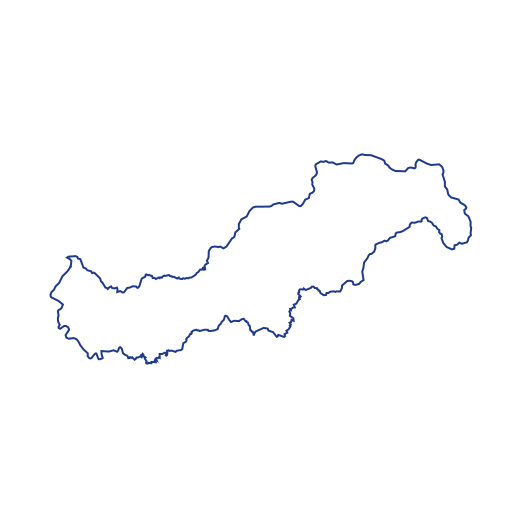 the district of Neira, Caldas, Colombia, rotated 331°
{"feature_id": "7082276B80634315286729", "entity_name": "Neira", "entity_type": "district", "adm_level": 2, "iso_a3": "COL", "parent_name": "Colombia", "parent_adm1": "Caldas", "projection": "mercator", "projection_center": [-75.515, 5.192], "detail": "fine", "context": "isolated", "style": "outline", "palette": "blue", "viewbox_px": 512, "rotation_deg": 331, "n_neighbors": 0, "source": "geoboundaries", "source_scale": "gbopen_adm2", "svg_char_len": 6076}
<svg xmlns="http://www.w3.org/2000/svg" viewBox="0 0 512 512"><g transform="rotate(331 256 256)"><path d="M430.4,345.1L432.9,345.8L434.9,342.9L437.2,343.6L440.4,343.0L442.0,345.1L447.2,346.3L449.5,344.7L450.5,343.2L454.1,342.0L454.6,340.3L457.8,335.8L458.2,333.8L460.3,330.1L461.0,324.3L459.4,320.7L459.4,319.4L460.4,316.8L462.5,316.4L463.5,315.5L463.3,313.0L460.6,308.3L460.5,304.8L455.1,299.4L454.2,296.7L454.1,294.9L455.5,290.5L454.9,286.7L457.1,282.9L458.7,275.1L460.2,274.1L461.4,272.2L462.0,268.4L460.7,264.7L453.3,261.3L450.3,258.1L445.4,250.7L444.4,250.5L441.8,251.5L439.9,253.2L438.9,255.5L438.0,256.2L437.1,256.2L434.6,253.9L432.7,253.0L431.6,252.9L427.6,254.3L419.1,249.2L416.8,246.1L415.6,243.3L415.4,240.7L413.8,237.9L414.4,234.9L413.1,232.5L405.6,223.7L400.3,220.5L398.1,218.5L394.9,218.0L391.8,218.4L388.8,219.7L386.2,221.8L385.1,221.8L377.8,217.3L370.8,215.0L368.5,211.4L364.9,209.6L363.3,206.9L360.5,206.3L358.5,204.7L353.1,204.8L352.1,205.3L351.2,206.8L350.1,211.7L349.2,213.3L347.4,214.5L343.2,215.2L341.7,216.3L341.2,218.7L339.8,221.0L339.7,225.3L338.2,227.3L336.1,228.0L333.2,227.7L330.4,230.9L326.3,230.6L322.5,233.0L319.2,234.1L317.9,233.1L314.8,226.5L313.1,225.5L303.8,222.8L302.4,221.0L300.1,220.3L296.1,219.3L293.7,219.7L291.7,219.3L279.6,212.7L276.8,212.1L272.1,213.5L266.9,217.0L261.1,216.8L256.5,219.7L254.7,222.9L254.6,224.1L249.3,225.4L246.2,228.9L243.5,229.0L234.6,233.5L231.1,233.5L229.5,230.6L227.5,229.9L224.5,227.7L222.1,226.9L220.3,227.0L217.1,228.8L213.7,234.4L210.8,236.3L210.6,238.9L207.5,239.0L206.2,239.8L205.1,243.1L203.9,242.7L204.6,241.7L204.3,240.8L203.8,240.6L202.6,241.8L200.5,240.8L197.6,242.1L195.9,242.1L194.3,243.1L189.2,243.5L187.4,242.7L185.9,242.7L184.7,241.6L182.8,241.4L181.4,240.1L180.2,240.3L178.9,239.5L177.9,238.3L178.0,237.4L176.1,237.5L174.1,234.4L172.6,233.7L172.5,232.9L171.0,231.8L170.7,230.5L166.7,229.3L166.3,228.7L164.1,228.7L163.1,229.3L161.8,228.2L161.0,228.7L160.3,227.6L157.3,227.6L156.5,225.8L155.0,225.2L155.3,222.8L154.3,222.1L153.4,220.7L152.3,220.5L151.0,218.8L150.2,219.0L149.2,220.4L145.1,220.3L139.2,226.0L137.3,226.5L136.8,226.4L136.3,224.5L133.5,222.7L130.1,222.4L127.9,221.5L122.9,223.8L121.5,223.1L120.2,220.8L117.2,220.3L118.8,217.8L119.0,216.2L116.9,215.9L115.1,214.7L114.5,213.9L114.6,212.4L112.8,212.2L110.3,213.0L110.1,211.7L109.0,210.6L108.8,204.8L108.1,203.0L108.8,200.1L106.7,192.9L106.0,191.8L104.4,191.5L104.3,189.3L101.7,186.8L101.0,184.2L99.5,182.5L100.8,173.5L99.1,172.0L99.3,170.3L98.2,168.7L91.8,165.7L90.0,165.8L91.6,168.3L92.2,170.6L90.1,173.8L88.5,175.2L88.8,175.5L83.6,178.0L77.0,179.8L71.0,184.0L66.0,185.4L62.9,187.6L59.8,188.3L57.5,190.2L56.9,191.6L56.9,192.8L61.5,199.6L63.6,204.8L60.8,207.2L59.2,207.7L57.1,207.5L55.9,208.3L54.4,212.4L52.5,214.4L51.2,217.2L50.9,221.1L48.8,222.4L48.5,223.4L49.5,224.7L54.0,224.2L55.8,225.0L57.1,227.2L57.0,229.3L56.4,230.1L51.1,232.9L50.6,235.3L52.0,237.5L57.0,239.5L58.8,242.1L59.2,244.5L59.1,249.2L59.8,253.8L61.6,259.3L61.5,260.1L60.2,261.9L60.7,264.6L61.6,265.4L62.7,265.5L67.2,263.6L68.8,263.5L69.1,264.1L68.3,269.6L68.7,270.3L71.4,271.0L72.6,270.8L73.2,267.4L74.7,264.2L81.1,268.3L85.7,269.4L88.0,272.4L89.6,271.9L91.6,270.0L93.0,269.8L93.7,271.9L92.5,276.6L93.5,278.8L94.7,280.2L95.1,281.5L94.8,283.5L95.9,283.9L96.8,283.4L97.5,284.6L98.5,284.5L99.6,287.9L101.5,287.5L102.2,286.8L103.5,287.5L106.1,287.7L106.7,288.7L107.5,287.0L108.4,287.4L109.4,286.6L109.7,287.6L108.5,289.0L109.2,289.2L110.1,290.9L109.4,290.9L109.0,291.8L109.3,295.1L108.1,296.1L108.0,296.8L109.1,297.6L110.1,297.2L112.3,299.0L112.9,298.8L113.0,298.0L113.5,298.1L116.8,300.3L117.0,299.3L116.2,298.9L117.9,297.5L118.5,298.8L118.7,297.1L120.0,297.1L120.7,297.8L121.8,297.5L122.4,298.4L124.2,295.0L126.4,296.2L129.5,296.4L130.4,297.6L128.9,299.2L129.3,299.7L130.0,299.6L131.4,297.9L132.2,295.8L132.8,296.2L133.6,296.0L134.5,297.2L136.3,297.8L139.2,300.9L140.6,300.4L144.6,301.8L146.2,301.8L150.1,297.1L153.5,296.9L154.8,295.4L154.7,294.8L155.5,294.3L158.3,293.9L160.3,292.4L161.7,292.8L162.5,292.2L162.6,291.3L164.7,290.8L167.9,291.5L168.9,292.9L169.8,293.2L170.3,294.3L175.2,295.5L178.1,297.2L178.1,298.4L179.8,299.5L183.7,301.0L187.1,301.3L189.7,298.9L192.6,298.1L193.7,297.1L196.8,296.3L199.6,293.6L200.6,293.5L201.5,294.8L201.6,299.1L202.1,301.6L205.5,302.1L209.6,304.7L212.7,304.4L214.8,304.9L215.2,307.9L216.0,308.3L215.8,309.2L216.6,310.3L216.1,313.1L216.7,313.9L215.1,318.0L215.7,318.9L215.6,320.1L216.4,320.7L216.0,323.2L215.3,324.4L218.1,322.3L219.4,321.9L227.8,322.6L231.0,325.1L230.8,327.3L234.0,330.9L235.0,336.8L235.8,336.9L237.3,335.8L241.3,340.4L242.6,340.1L243.1,338.1L246.2,338.3L246.4,336.1L248.7,336.0L251.9,334.4L251.8,333.3L253.2,332.9L253.0,330.7L254.6,330.8L256.1,329.1L257.5,330.9L258.5,328.5L256.6,324.7L258.2,322.7L258.2,320.8L259.3,320.1L260.1,320.5L260.3,318.9L261.8,319.4L263.1,319.0L265.0,319.8L265.5,316.9L268.3,317.2L271.6,315.1L273.4,315.0L273.2,313.6L273.6,312.9L274.5,313.4L275.5,313.1L274.6,309.6L275.5,308.5L276.1,308.7L276.8,307.3L278.1,306.4L281.5,308.3L282.0,307.7L283.1,309.9L288.5,310.5L290.0,309.9L291.4,310.6L291.9,312.5L293.7,313.7L293.4,314.6L294.3,315.8L293.9,316.5L294.8,317.5L294.4,319.5L296.2,323.1L298.4,324.0L299.7,322.6L301.6,323.5L303.0,323.2L304.5,323.5L307.1,324.8L308.1,325.9L309.1,325.9L312.5,327.9L315.8,325.5L316.9,323.5L323.8,322.1L326.1,323.2L327.7,324.6L328.1,325.9L327.4,327.9L327.7,328.5L329.2,329.6L332.7,330.4L335.1,329.4L338.4,329.2L341.4,321.1L344.0,318.7L347.3,314.2L352.3,311.9L355.2,309.9L356.5,309.5L358.2,310.2L361.6,309.4L364.3,306.9L365.5,304.4L366.2,304.0L370.4,304.2L372.4,305.0L375.8,304.9L377.3,306.4L378.8,306.4L381.9,305.1L387.4,306.2L389.0,304.1L390.3,303.7L393.7,305.0L396.4,305.4L404.4,305.0L405.9,303.0L408.3,302.2L411.2,304.0L414.9,304.6L416.9,305.9L417.8,305.8L418.4,304.6L419.4,304.0L421.9,304.1L423.3,304.6L423.9,305.6L423.5,309.0L425.0,310.3L426.0,312.3L426.1,315.3L427.7,317.6L427.9,320.4L428.9,322.3L427.7,324.0L428.1,326.0L428.9,326.7L428.7,328.0L428.1,329.5L426.9,330.3L426.1,335.6L427.1,340.5L430.4,345.1Z" fill="none" stroke="#1e3a8a" stroke-width="2"/></g></svg>